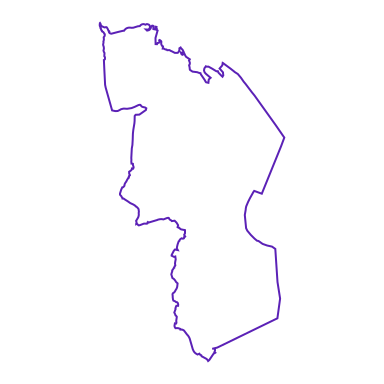 the district of Emiliano Zapata, Morelos, Mexico
{"feature_id": "50627088B27811309734351", "entity_name": "Emiliano Zapata", "entity_type": "district", "adm_level": 2, "iso_a3": "MEX", "parent_name": "Mexico", "parent_adm1": "Morelos", "projection": "albers", "projection_center": [-99.198, 18.809], "detail": "fine", "context": "isolated", "style": "outline", "palette": "violet", "viewbox_px": 384, "rotation_deg": 0, "n_neighbors": 0, "source": "geoboundaries", "source_scale": "gbopen_adm2", "svg_char_len": 5849}
<svg xmlns="http://www.w3.org/2000/svg" viewBox="0 0 384 384"><path d="M103.9,60.0L104.4,70.9L105.1,84.8L105.7,87.7L112.1,110.4L115.3,111.1L117.7,111.0L119.5,110.1L121.1,109.2L123.1,108.7L124.0,108.6L127.1,108.8L131.5,108.1L134.6,106.9L138.4,105.1L139.6,104.8L140.4,104.9L141.6,106.4L141.9,106.6L142.9,107.0L145.1,107.5L146.3,108.3L145.9,110.0L139.4,114.6L135.6,114.8L134.7,116.0L134.6,121.0L134.4,123.3L133.3,130.0L132.9,133.7L132.7,139.9L132.4,145.0L131.8,148.4L131.3,157.9L131.4,159.9L131.3,161.7L131.5,163.6L132.2,163.6L132.9,163.8L133.0,165.2L133.6,167.1L133.6,167.6L133.2,168.6L132.1,168.3L131.9,168.4L132.0,169.1L131.9,169.4L131.1,170.3L130.7,170.7L129.3,171.6L129.1,171.8L129.2,172.4L129.1,173.1L129.3,173.5L129.3,174.0L129.9,175.0L129.9,175.3L129.1,175.9L129.0,176.9L128.7,177.0L128.5,177.3L128.5,178.2L127.9,178.5L126.6,180.8L126.3,181.6L125.9,182.0L125.3,182.9L124.6,184.3L124.4,185.8L123.4,187.0L122.9,187.3L122.3,187.3L121.9,188.1L121.2,189.7L120.0,193.5L120.0,194.6L120.3,195.1L121.2,196.0L122.3,198.0L122.6,198.1L122.6,198.5L123.0,198.5L123.8,198.7L125.2,199.7L127.6,201.2L130.3,203.1L133.3,204.5L135.1,205.6L135.7,206.4L136.0,206.4L137.0,207.2L138.3,208.6L138.6,209.4L138.9,211.8L138.7,212.8L138.8,215.0L138.4,216.8L138.0,217.7L136.1,220.9L136.6,222.4L136.2,223.7L136.2,224.1L136.9,223.7L138.4,225.2L138.8,225.4L140.3,225.0L143.7,223.7L144.5,223.6L146.7,223.7L147.3,223.5L147.6,222.3L148.5,221.3L147.6,222.5L147.5,222.9L157.2,220.0L158.1,219.6L160.0,219.2L161.6,219.1L163.5,219.4L166.8,218.1L168.2,217.8L168.8,218.0L169.4,219.1L169.8,219.6L171.2,220.4L171.8,221.1L174.6,220.7L176.5,222.6L178.0,225.0L178.1,225.6L177.8,226.1L177.6,227.2L178.1,227.4L178.5,227.7L178.8,227.8L179.1,227.7L180.5,229.1L181.3,229.4L183.8,229.9L184.9,230.0L185.0,230.2L185.0,233.3L184.2,234.8L184.3,235.2L185.2,236.5L184.7,237.0L184.2,237.0L183.9,238.3L182.9,238.7L181.6,238.3L180.5,239.0L179.7,239.9L179.4,240.9L178.7,241.3L177.6,244.4L177.0,247.0L176.8,248.8L177.4,249.3L177.8,250.1L175.0,249.5L174.9,249.5L173.7,251.0L171.6,255.1L171.6,255.7L174.1,256.9L175.3,256.5L175.7,259.3L175.2,261.9L175.0,263.5L175.3,265.4L175.1,265.6L175.1,265.8L174.8,266.2L174.6,266.3L174.4,266.8L174.3,267.2L174.3,267.7L173.8,267.9L173.5,268.6L172.2,270.4L172.3,271.0L171.3,274.3L172.4,278.0L173.8,278.9L175.2,280.5L176.0,281.9L177.6,283.4L177.2,286.8L176.6,288.6L175.8,289.8L175.0,291.3L174.3,292.3L173.0,293.2L172.6,293.9L172.5,294.5L172.7,296.0L172.7,297.2L173.0,299.5L173.4,300.6L175.1,301.3L176.1,302.1L177.0,302.2L177.8,303.0L178.2,304.4L178.1,305.8L176.4,305.8L176.0,306.5L175.4,308.4L175.6,309.0L174.3,312.5L175.3,314.6L175.5,315.4L176.2,315.9L176.8,316.8L176.2,321.1L176.4,321.9L176.4,322.9L176.0,323.6L174.9,323.4L174.5,325.6L174.6,326.6L174.9,327.3L175.5,328.2L177.2,328.1L178.3,328.2L180.3,328.9L180.4,329.6L182.1,329.6L182.9,329.9L183.7,330.3L184.2,330.8L187.0,334.5L188.1,335.7L189.1,337.3L189.7,338.6L192.8,349.3L193.8,351.4L194.5,352.3L195.3,353.1L196.3,353.8L197.5,354.5L199.4,353.7L199.8,354.5L201.3,355.3L201.6,356.3L202.1,356.5L206.5,358.9L207.4,359.8L208.1,361.0L209.3,360.0L213.5,353.8L213.7,353.4L214.4,353.3L215.3,352.7L214.5,351.9L215.0,350.5L214.9,348.5L212.2,348.8L217.2,347.6L277.4,318.3L280.1,298.6L277.5,282.0L275.3,248.9L272.0,246.6L267.1,245.5L262.6,243.9L258.5,241.0L257.0,240.7L254.5,238.6L250.8,234.9L247.3,230.7L246.1,228.2L244.8,215.0L245.7,209.7L245.8,208.4L246.2,206.4L248.1,201.9L250.0,198.1L253.4,192.0L254.2,190.9L261.8,193.7L281.1,146.2L284.3,137.6L275.6,125.0L254.5,95.5L251.9,92.3L245.7,84.1L243.7,81.7L241.0,77.8L237.8,74.0L234.5,71.9L234.4,71.7L230.6,68.7L222.9,63.0L222.7,62.9L222.3,65.4L219.6,68.5L223.0,72.4L223.1,73.9L223.3,75.3L222.5,76.7L221.4,75.7L218.5,72.7L218.2,72.2L218.0,71.4L217.9,71.2L217.1,71.2L216.5,71.3L216.1,71.1L212.2,68.7L208.6,66.7L208.2,66.6L206.6,66.7L206.3,66.6L205.9,66.3L204.6,68.0L204.3,68.7L204.0,70.4L204.4,71.8L204.9,72.7L206.0,73.9L210.6,77.8L209.1,79.1L208.8,79.6L208.6,80.2L208.6,81.2L208.4,82.8L206.1,82.3L205.4,81.4L205.1,80.6L204.3,79.4L201.1,74.7L200.8,74.3L200.5,73.2L198.8,72.8L197.2,72.2L192.5,71.6L190.0,69.9L189.8,69.4L189.6,67.3L189.1,65.2L189.6,64.6L189.8,63.6L189.9,63.0L189.3,61.1L189.0,60.6L189.8,59.3L186.2,56.9L185.9,56.6L185.1,55.2L184.5,53.9L182.3,54.8L181.4,54.0L180.9,52.5L181.5,52.8L181.9,52.8L183.7,52.0L182.6,49.8L181.0,48.2L180.6,47.5L179.4,48.3L179.4,50.2L178.7,51.7L177.8,52.8L177.0,52.9L174.9,52.9L171.6,51.2L171.0,51.0L169.5,50.1L167.2,50.2L166.5,49.5L165.6,49.5L164.6,49.1L163.9,48.6L162.7,48.6L163.0,46.4L162.2,46.0L161.5,44.8L161.3,44.2L161.2,43.8L161.3,42.3L161.3,41.5L161.0,41.0L159.7,40.0L159.2,40.3L159.5,41.1L159.5,41.6L159.1,42.6L158.6,42.8L157.6,43.0L157.0,44.2L155.6,44.1L155.5,38.0L157.6,30.5L156.9,30.1L156.8,29.9L156.8,28.6L156.4,27.9L156.5,26.9L155.5,26.7L155.5,29.5L153.4,29.1L153.3,26.0L153.1,25.8L152.7,25.7L152.1,25.7L151.2,26.4L150.6,28.5L149.7,29.6L148.8,30.2L147.1,30.6L146.0,29.5L147.7,29.6L148.4,29.4L149.1,29.0L149.6,28.3L149.8,27.8L150.0,26.6L149.8,26.0L149.4,25.2L148.9,24.7L147.6,24.2L146.8,24.1L146.3,24.3L145.6,24.7L143.8,24.1L142.6,24.2L141.9,24.4L141.0,24.9L140.6,25.2L139.8,26.1L137.8,26.3L133.3,27.7L131.6,27.8L129.9,27.6L128.3,27.7L127.0,28.1L126.2,28.5L125.3,29.2L123.9,30.8L123.4,30.7L118.3,31.9L111.4,33.7L110.4,33.5L109.7,33.1L109.1,32.5L109.4,31.7L109.3,31.4L109.1,31.1L108.6,31.0L107.7,28.9L106.8,27.4L106.1,27.1L104.9,27.4L104.4,27.4L102.1,26.4L101.0,25.5L100.5,23.8L100.0,23.0L99.9,23.1L99.7,25.0L99.8,25.9L100.4,27.4L100.5,28.1L100.8,28.2L100.8,28.7L101.1,29.2L101.1,29.6L101.4,30.2L101.9,30.6L101.9,31.1L102.2,31.3L102.3,31.6L103.2,32.0L103.8,32.7L104.3,33.8L104.8,34.2L104.7,35.8L103.7,37.3L103.9,39.4L103.6,41.0L103.4,41.4L103.5,42.5L103.1,44.8L103.8,47.1L103.9,48.8L103.5,50.5L103.8,51.7L104.5,53.0L104.3,56.2L104.7,56.7L105.0,57.8L104.9,59.2L104.5,59.6L103.9,60.0Z" fill="none" stroke="#5b21b6" stroke-width="2"/></svg>